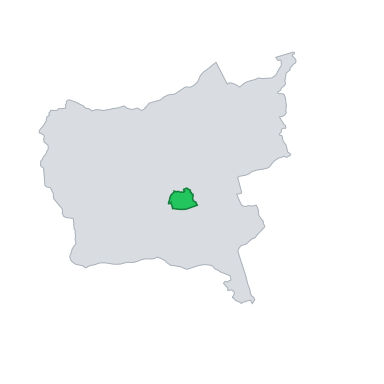 Dekese, Kasaï-Occidental, Democratic Republic of the Congo shown in context, rotated 253°
{"feature_id": "63176286B23528212594514", "entity_name": "Dekese", "entity_type": "district", "adm_level": 2, "iso_a3": "COD", "parent_name": "Democratic Republic of the Congo", "parent_adm1": "Kasaï-Occidental", "projection": "robinson", "projection_center": [21.532, -3.234], "detail": "fine", "context": "in_parent", "style": "filled", "palette": "green", "viewbox_px": 384, "rotation_deg": 253, "n_neighbors": 0, "source": "geoboundaries", "source_scale": "gbopen_adm2", "svg_char_len": 7572}
<svg xmlns="http://www.w3.org/2000/svg" viewBox="0 0 384 384"><g transform="rotate(253 192 192)"><path d="M309.1,252.9L285.0,257.2L285.5,258.8L285.2,260.4L284.6,261.7L282.1,265.1L278.5,268.2L278.5,268.9L280.3,272.4L281.4,277.1L281.1,285.5L281.6,287.8L281.5,289.5L280.2,291.5L277.7,301.6L279.3,306.4L284.0,311.0L286.8,314.4L291.5,315.6L292.3,315.4L292.6,312.6L296.3,311.5L296.2,329.4L295.9,330.5L295.2,330.7L294.3,330.1L294.0,328.4L293.0,327.7L288.5,329.9L287.3,329.8L286.0,329.4L285.1,328.5L284.9,327.1L281.7,321.9L280.1,321.6L278.3,316.9L271.2,313.4L268.4,313.1L267.0,312.1L265.6,308.4L263.2,306.0L262.6,303.4L262.2,303.0L260.7,303.5L259.4,307.7L257.8,308.7L254.8,308.8L247.4,307.6L242.2,305.4L240.8,305.6L238.7,303.6L237.8,300.4L238.3,297.9L237.9,297.6L229.9,299.6L227.9,300.9L226.1,300.6L225.5,299.9L226.3,298.2L225.9,296.3L225.3,295.5L223.0,294.8L222.2,292.8L220.8,292.5L220.3,292.8L219.9,294.2L219.0,294.6L214.2,294.0L209.2,295.7L202.5,295.2L199.3,297.4L198.9,297.3L198.2,296.2L197.5,292.8L197.9,291.9L198.9,291.2L199.2,289.9L198.9,286.3L199.2,285.5L198.8,283.5L197.8,280.2L196.4,277.6L193.4,273.6L192.8,271.8L193.0,267.3L194.0,260.3L193.9,255.1L192.7,251.7L192.4,248.1L193.2,241.5L192.4,239.9L177.1,239.4L176.5,238.9L176.2,238.0L176.9,234.1L167.6,235.1L164.8,235.8L163.1,237.4L162.5,239.4L162.4,242.3L161.0,245.0L160.6,249.6L158.1,250.1L155.5,250.1L150.5,249.1L145.7,250.4L143.3,251.7L142.1,251.1L137.7,251.5L137.2,251.2L132.2,242.1L130.0,239.1L129.5,237.6L129.7,236.2L129.1,234.3L126.8,229.7L126.3,227.5L126.4,224.1L126.2,222.9L124.1,220.0L122.7,219.0L121.2,218.5L96.2,218.9L87.9,218.4L81.9,218.8L78.9,218.5L78.0,218.1L75.3,218.7L73.8,219.9L71.7,220.6L70.3,220.3L67.7,216.9L71.2,216.4L71.5,216.0L71.7,207.9L70.8,206.8L72.7,205.4L75.7,201.8L78.7,200.6L79.0,199.8L79.7,199.9L80.8,201.4L83.3,203.3L86.5,201.6L86.8,201.1L87.2,197.7L88.0,197.4L89.4,198.1L90.2,198.1L91.5,197.1L95.6,195.4L96.8,197.6L95.7,199.6L96.2,201.0L96.3,203.2L97.0,203.7L100.2,204.0L101.1,203.5L107.5,195.5L109.1,194.6L111.8,191.4L115.3,190.0L116.9,187.5L118.9,183.0L119.8,176.6L119.5,165.5L119.8,164.0L124.0,159.0L128.4,149.9L131.4,147.6L133.6,146.6L137.1,143.3L139.8,139.9L139.4,135.9L140.1,132.6L141.6,128.4L142.1,123.9L141.6,119.2L141.8,115.3L143.8,109.1L144.0,102.1L145.8,96.1L149.5,88.6L151.2,83.0L150.9,77.5L151.4,73.4L151.2,71.0L150.5,68.9L150.8,67.6L152.2,67.1L153.9,65.0L157.0,59.5L160.4,56.9L162.7,56.0L165.1,56.1L166.7,56.6L169.2,58.7L172.1,60.4L174.3,62.6L176.5,65.9L181.6,66.6L183.9,67.8L185.2,68.2L185.7,67.9L186.8,68.1L189.2,69.1L191.2,68.5L200.8,70.7L201.9,69.6L204.5,64.0L206.5,62.0L209.8,61.8L212.4,62.9L213.7,62.9L225.5,58.0L227.0,57.8L231.3,59.0L234.1,58.2L235.2,58.4L237.6,57.6L239.6,54.1L241.2,53.3L258.1,57.0L260.7,55.2L261.9,55.0L265.7,56.3L266.9,58.4L269.1,60.2L270.7,63.2L273.2,64.8L274.5,66.4L276.0,67.5L279.1,67.9L283.0,65.2L285.7,65.5L288.5,67.0L289.5,66.9L291.6,65.3L292.7,63.7L293.7,63.3L295.4,64.0L296.7,65.6L297.9,67.9L302.1,73.0L306.2,75.1L307.3,78.3L308.7,78.0L309.5,78.3L310.5,80.2L311.3,80.6L311.4,81.4L310.4,83.3L309.5,86.9L310.7,89.1L309.7,92.2L309.2,95.5L310.5,96.4L312.2,96.3L313.8,98.0L315.0,98.3L316.3,100.1L316.0,101.6L312.0,107.0L305.9,113.5L303.9,114.3L302.8,115.5L302.1,117.4L300.3,119.1L298.9,119.7L298.8,124.5L296.8,129.4L296.0,130.4L294.9,138.4L295.1,139.7L294.0,146.3L294.2,152.3L291.2,154.3L289.2,157.3L288.3,159.3L288.3,164.3L285.0,167.3L284.7,168.0L285.6,171.5L286.8,172.0L286.8,173.2L289.5,177.0L289.3,188.5L289.5,189.6L290.9,192.4L291.8,197.6L290.7,204.2L294.4,216.4L292.7,220.9L293.5,225.2L295.7,229.6L300.8,234.0L302.2,235.9L303.5,238.3L304.7,242.1L309.1,252.9Z" fill="#d9dde1" stroke="#a8b0b8" stroke-width="1"/><path d="M193.1,169.2L192.8,169.1L192.6,169.0L192.3,168.9L192.2,168.8L192.1,168.7L191.8,168.5L191.3,168.4L191.1,168.3L191.0,168.2L190.9,168.1L190.7,167.9L190.4,167.7L190.1,167.6L189.7,167.3L189.6,167.1L189.5,166.9L189.2,166.9L188.9,166.7L188.7,166.6L188.4,166.4L188.2,166.3L187.9,166.1L187.7,166.1L187.5,166.4L187.6,166.7L187.6,166.9L187.6,167.1L187.6,167.3L187.6,167.6L187.6,167.8L187.6,168.0L188.0,168.7L187.8,168.6L187.7,168.6L187.5,168.4L187.4,168.4L187.1,168.5L186.8,168.6L186.4,168.5L186.2,168.5L185.8,168.8L185.7,168.9L185.4,168.8L184.9,169.0L184.6,169.0L184.3,168.9L184.2,168.9L184.0,168.7L183.9,168.7L183.4,168.9L183.2,168.8L183.1,168.7L182.9,168.7L182.7,168.8L182.4,168.7L181.7,168.6L181.7,169.0L181.7,169.3L181.6,169.6L181.4,170.0L181.2,170.4L181.0,170.7L180.8,170.9L180.6,171.4L180.5,171.6L180.4,171.8L180.5,172.1L180.5,172.3L180.5,172.5L180.3,172.6L180.1,172.7L180.0,172.9L179.8,173.1L179.7,173.3L179.6,173.5L179.4,173.9L179.3,174.3L179.2,174.7L179.0,175.1L178.9,175.4L178.8,175.8L178.7,176.1L178.5,176.6L178.4,176.9L178.3,177.3L178.2,177.6L178.2,177.8L178.1,178.2L178.0,178.3L177.9,178.4L177.9,178.7L177.9,178.9L177.8,179.3L177.7,179.5L177.8,179.6L177.5,180.5L177.4,180.8L177.3,181.0L177.3,181.3L177.3,181.6L177.4,181.9L177.4,182.2L177.3,182.5L177.4,182.9L177.4,183.1L177.4,183.4L177.4,183.7L177.4,184.0L177.4,184.5L177.4,185.0L177.5,185.5L177.5,186.0L177.5,186.5L177.5,186.9L177.6,187.6L177.6,188.1L177.6,188.7L177.6,189.3L177.6,189.8L177.6,190.2L177.6,190.5L177.7,190.9L177.8,191.4L177.8,191.8L177.8,192.0L177.8,192.5L177.8,192.9L177.7,193.1L177.8,193.3L178.1,193.2L178.3,193.1L178.5,193.1L178.8,193.1L179.0,193.0L179.3,192.8L179.6,192.6L179.8,192.5L180.2,192.5L180.4,192.7L180.5,192.8L180.8,192.8L181.0,192.7L181.3,192.7L181.4,192.2L181.5,192.1L181.8,191.9L182.1,191.6L182.3,191.4L182.5,191.3L182.7,191.1L182.9,190.9L183.1,190.8L183.3,190.8L183.5,190.9L184.0,190.8L184.3,190.5L184.5,190.5L184.9,190.5L185.0,190.6L185.5,190.8L185.8,190.9L186.0,190.9L186.3,191.1L186.5,191.1L186.8,191.2L187.1,191.1L187.2,191.4L187.3,191.5L187.6,191.7L187.7,191.8L187.8,191.9L187.9,192.0L188.1,192.1L188.3,192.1L188.5,191.9L188.8,191.9L189.0,191.9L189.3,191.8L189.5,191.9L189.5,191.7L189.8,191.4L189.9,191.5L189.9,191.8L190.0,191.7L190.4,191.4L190.5,191.3L190.6,191.2L190.8,191.1L191.1,191.2L191.3,191.2L191.7,191.1L191.8,191.0L191.8,190.9L191.9,190.7L192.0,190.7L192.2,190.8L192.3,190.8L192.4,190.6L192.4,190.4L192.5,190.4L192.9,190.3L193.0,190.3L193.1,190.5L193.3,190.6L193.5,190.7L193.6,190.8L193.9,190.8L194.1,190.9L194.3,190.9L194.8,190.6L194.9,190.2L195.1,190.1L195.2,189.8L195.4,189.6L195.5,189.4L195.8,189.3L196.0,189.2L196.3,189.0L196.6,188.7L196.8,188.5L197.0,188.4L197.2,188.2L197.3,188.1L197.3,187.9L197.2,187.9L197.0,187.7L197.1,187.4L197.1,187.2L197.0,186.7L197.0,186.3L197.1,185.8L197.1,185.6L197.1,185.3L197.0,185.1L196.9,184.7L196.7,184.6L196.4,184.8L196.1,184.8L195.8,184.6L195.6,184.7L195.3,184.7L195.2,184.7L194.9,184.9L194.9,185.1L194.7,185.1L194.7,184.9L194.5,184.7L194.5,184.4L194.5,184.2L194.5,183.9L194.4,183.8L194.4,183.7L194.4,183.4L194.4,183.2L194.5,182.9L194.5,182.7L194.9,182.4L195.0,182.3L195.1,182.2L195.2,181.8L195.2,181.5L195.2,181.3L195.2,181.1L195.2,180.6L195.3,180.4L195.5,180.3L195.6,180.2L196.0,179.9L196.2,179.7L196.4,179.5L196.5,179.3L196.6,179.0L196.7,178.7L196.7,178.3L196.7,178.0L196.8,177.8L196.7,177.7L196.6,177.4L196.7,177.1L196.9,176.8L197.1,176.7L197.3,176.4L197.5,176.2L197.6,175.8L197.6,175.5L197.7,175.4L197.8,175.4L198.0,175.3L198.1,175.1L197.6,175.2L197.4,175.0L197.2,174.8L197.1,174.6L197.0,174.4L196.9,174.1L196.7,173.7L196.4,173.3L196.3,173.2L196.3,172.9L196.2,172.8L196.1,172.7L195.9,172.5L195.7,172.2L195.5,171.8L195.4,171.5L195.5,171.4L195.2,171.0L195.0,170.9L194.9,170.9L194.8,170.7L194.6,170.4L194.4,170.3L194.3,170.2L194.2,170.1L193.9,170.0L193.9,169.9L193.6,169.8L193.3,169.6L193.2,169.5L193.1,169.2Z" fill="#22c55e" stroke="#15803d" stroke-width="1.5"/></g></svg>